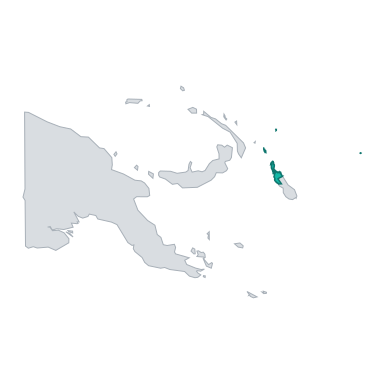 North Bougainville District, North Solomons, Papua New Guinea (highlighted)
{"feature_id": "67681753B20702306497520", "entity_name": "North Bougainville District", "entity_type": "district", "adm_level": 2, "iso_a3": "PNG", "parent_name": "Papua New Guinea", "parent_adm1": "North Solomons", "projection": "robinson", "projection_center": [154.75, -4.633], "detail": "fine", "context": "in_parent", "style": "filled", "palette": "teal", "viewbox_px": 384, "rotation_deg": 0, "n_neighbors": 0, "source": "geoboundaries", "source_scale": "gbopen_adm2", "svg_char_len": 7992}
<svg xmlns="http://www.w3.org/2000/svg" viewBox="0 0 384 384"><path d="M25.5,246.1L25.1,200.5L23.0,197.1L25.0,189.0L24.6,112.1L28.5,112.4L47.1,121.8L59.8,126.7L70.7,129.0L80.9,136.7L88.4,137.1L99.5,147.9L104.0,148.6L111.8,157.6L112.3,164.9L111.5,169.6L123.5,174.0L134.9,180.2L141.2,180.9L144.6,183.0L148.9,188.4L149.7,195.5L147.3,196.8L136.6,196.7L133.6,199.0L137.9,210.2L147.6,220.5L154.9,225.2L157.2,234.5L160.9,237.4L163.3,244.7L167.1,245.5L174.4,244.3L175.6,247.4L174.5,252.0L175.6,253.9L189.2,257.8L184.7,260.2L186.7,264.5L195.6,268.1L201.1,269.5L204.4,269.1L200.6,271.2L197.1,270.6L196.5,271.2L197.9,273.0L200.8,274.9L197.8,277.3L194.9,277.7L189.4,276.1L184.6,271.5L169.8,269.5L164.7,267.5L160.6,268.2L148.6,265.7L144.7,262.4L142.1,257.5L134.9,251.6L133.3,248.7L133.9,244.9L132.0,245.4L127.9,242.6L117.0,224.6L111.5,222.1L97.8,219.0L95.8,215.5L89.3,214.1L87.9,216.5L82.7,218.1L78.2,216.3L73.8,211.9L79.1,221.9L77.2,221.9L78.1,223.4L77.1,223.7L71.4,223.1L73.1,227.2L63.8,229.5L56.8,228.7L53.4,229.7L52.0,229.6L50.2,226.5L47.6,227.1L49.8,227.1L52.5,230.7L58.4,230.2L64.1,232.8L68.9,238.7L68.8,242.8L55.8,250.4L48.2,247.1L37.2,248.0L33.3,246.7L28.3,248.2L25.5,246.1ZM221.8,145.2L224.5,147.2L227.2,145.1L232.4,147.7L231.4,157.6L229.7,160.3L225.3,161.4L224.8,162.8L227.7,168.6L226.5,170.7L222.6,172.9L216.3,172.7L214.6,176.7L211.1,180.2L197.4,187.3L182.5,187.9L177.6,183.5L172.4,184.3L165.5,179.1L159.7,177.0L158.6,175.1L158.7,172.5L160.3,171.0L170.6,171.3L177.1,173.3L185.7,172.1L188.1,170.5L189.0,164.2L190.4,161.5L191.8,162.7L190.1,167.7L192.1,172.1L198.2,170.8L202.1,171.8L205.1,170.5L209.4,163.6L212.8,160.5L219.1,158.9L219.0,153.8L216.8,146.9L217.7,144.8L221.8,145.2ZM296.9,196.0L296.1,198.3L295.7,197.6L292.6,199.6L289.0,199.0L285.8,196.7L283.3,192.7L283.2,188.2L279.7,186.2L275.2,180.5L274.3,176.7L274.6,170.4L281.2,174.1L288.0,184.9L294.5,189.7L296.9,196.0ZM245.6,147.9L241.3,157.8L238.5,153.8L237.4,151.0L237.2,143.4L230.1,132.1L222.8,128.3L208.1,116.6L202.2,114.7L203.7,114.2L203.7,111.3L211.0,117.4L215.5,118.9L221.5,123.7L225.6,125.3L243.5,142.9L245.6,147.9ZM127.9,99.0L141.8,99.4L142.1,100.7L140.2,100.9L137.9,103.3L129.5,102.6L125.9,103.8L125.6,102.1L127.0,101.6L126.8,99.9L127.9,99.0ZM198.5,250.8L201.1,252.5L203.3,252.2L204.9,254.2L205.2,257.4L204.3,258.1L203.7,257.1L196.9,256.5L198.2,254.7L196.9,251.1L198.5,250.8ZM196.6,113.1L191.7,113.1L188.0,109.3L192.8,107.4L196.5,109.2L196.6,113.1ZM208.6,264.6L211.7,262.6L212.5,263.3L211.3,268.2L206.4,266.1L203.0,258.2L208.6,264.6ZM234.5,243.8L239.9,243.0L242.4,245.1L243.2,245.9L242.7,247.9L238.2,247.1L234.5,243.8ZM247.0,291.5L257.1,296.9L253.4,297.8L250.2,296.3L249.8,295.0L248.6,295.5L249.2,294.5L247.0,291.5ZM152.9,178.3L148.5,174.2L148.7,171.4L153.4,173.9L152.9,178.3ZM195.2,253.8L193.9,253.9L191.0,251.1L192.7,247.9L194.8,249.1L195.2,253.8ZM273.1,170.2L271.2,163.6L272.9,161.6L274.6,165.8L273.1,170.2ZM137.5,170.2L134.4,167.6L136.6,165.2L138.0,166.5L137.5,170.2ZM184.4,90.3L182.7,90.8L180.4,88.6L181.0,86.2L183.6,87.8L184.4,90.3ZM117.0,153.9L115.2,156.3L113.9,154.4L116.0,151.8L117.0,153.9ZM209.2,231.7L209.3,239.6L207.9,238.0L208.5,234.8L207.1,233.8L209.2,231.7ZM70.1,233.7L73.1,237.0L65.8,231.8L70.1,233.7ZM72.7,233.0L68.7,231.6L67.9,230.6L72.6,231.1L72.7,233.0ZM266.5,292.3L266.3,293.4L263.6,293.6L261.9,292.0L263.6,292.4L263.3,291.2L266.5,292.3ZM236.6,121.0L236.8,124.7L234.9,122.1L236.6,121.0ZM226.8,119.0L226.1,120.0L224.2,117.4L224.6,116.9L226.8,119.0ZM205.3,275.9L205.1,277.5L203.3,276.7L203.5,275.6L205.3,275.9ZM225.2,116.2L223.8,116.6L224.0,114.1L225.2,116.2ZM149.3,104.6L149.5,106.4L147.5,106.0L149.3,104.6ZM255.3,141.5L255.0,143.2L254.0,142.7L255.3,141.5Z" fill="#d9dde1" stroke="#a8b0b8" stroke-width="1"/><path d="M282.5,176.2L282.3,176.2L282.2,176.0L282.0,175.9L281.9,175.7L281.8,175.4L281.7,175.2L281.5,174.7L281.4,174.6L281.3,174.4L281.2,174.4L281.0,174.1L281.1,173.9L280.9,173.3L280.8,173.2L280.7,173.2L280.5,172.9L280.7,172.7L280.7,172.4L280.4,172.3L280.3,172.2L280.2,172.2L280.1,172.4L280.0,172.5L279.9,172.6L279.9,172.8L279.8,172.7L279.7,172.6L279.8,172.5L279.8,172.4L279.7,172.3L279.7,172.2L279.5,172.3L279.4,172.2L279.2,172.3L279.2,172.2L278.9,172.3L278.9,172.2L278.8,172.3L278.5,172.3L278.3,172.2L278.1,172.1L277.9,172.2L278.0,172.3L277.9,172.3L277.8,172.1L277.6,172.2L277.5,172.3L277.4,172.5L277.3,172.4L277.3,172.2L277.2,172.1L276.9,172.1L276.8,171.9L276.7,171.7L276.4,171.5L276.2,171.7L276.1,171.3L275.9,171.2L275.4,170.9L275.4,170.7L275.2,170.6L275.1,170.4L274.9,170.1L274.7,170.0L274.4,169.7L274.2,169.6L273.9,169.9L273.8,170.0L273.6,170.3L273.6,170.5L274.1,170.6L274.3,171.0L274.6,171.3L274.7,171.5L274.8,171.4L274.9,171.5L275.0,171.8L275.1,172.1L275.1,172.3L275.4,172.4L275.4,172.5L275.5,172.8L275.4,172.7L275.3,172.4L275.2,172.4L275.1,172.5L275.2,172.8L275.2,173.0L274.9,173.3L274.9,173.2L274.8,172.9L274.7,172.8L274.5,172.7L274.5,172.8L274.4,172.9L274.6,173.0L274.7,173.5L274.8,173.6L274.7,173.8L274.7,174.0L274.5,174.4L274.3,174.5L274.3,174.9L274.4,175.4L274.4,175.7L274.3,176.1L274.1,176.3L274.0,176.5L274.0,176.8L274.0,177.0L274.5,177.6L274.6,177.8L274.6,178.0L274.9,178.6L275.0,179.1L274.8,179.3L274.7,179.4L274.6,179.7L274.7,180.1L274.8,180.4L275.0,180.8L275.2,181.0L275.5,181.3L275.8,181.5L276.0,181.6L276.1,181.9L276.2,182.2L276.2,182.3L276.4,182.4L276.7,182.5L276.8,182.5L277.1,182.7L277.1,182.9L277.8,183.2L278.2,183.4L278.6,183.8L278.7,184.0L281.4,183.8L278.0,178.9L279.6,177.7L280.5,177.4L281.8,176.7L282.2,176.5L282.5,176.2ZM273.5,163.6L273.7,163.0L273.4,162.5L273.3,162.3L273.2,161.6L272.7,161.3L272.4,161.4L272.3,161.5L272.0,162.0L271.7,162.3L271.4,162.5L270.9,163.3L270.8,163.9L271.1,163.6L271.4,163.3L271.5,163.2L271.7,163.5L271.8,163.8L271.5,164.0L271.7,164.4L271.6,164.5L271.6,164.8L271.6,165.0L271.7,165.4L271.7,165.5L271.5,165.8L271.4,165.7L271.4,165.8L271.4,166.1L271.5,166.4L271.5,166.8L271.5,167.2L271.6,167.3L271.6,167.5L271.8,167.8L271.9,168.0L271.9,168.4L271.9,168.6L272.0,168.8L272.1,169.1L272.3,169.3L272.3,169.6L272.4,169.8L272.6,169.9L272.5,170.1L272.4,169.9L272.4,170.1L272.5,170.3L272.6,170.7L272.9,170.3L272.9,169.9L273.0,169.8L273.0,169.7L273.3,169.8L273.2,170.0L273.1,170.4L273.3,170.4L273.7,170.0L273.7,169.9L273.7,169.7L273.8,169.6L273.7,169.2L273.9,168.9L273.8,168.5L273.8,168.3L274.0,167.8L273.9,167.5L274.0,167.2L274.0,166.9L274.2,166.6L274.2,166.4L274.2,166.2L274.3,166.1L274.3,165.8L274.3,165.1L274.3,164.9L274.1,164.7L273.8,164.5L273.7,164.5L273.6,164.4L273.5,164.1L273.5,163.6ZM265.0,150.1L264.7,149.9L264.4,149.9L264.4,150.0L264.5,150.2L264.8,150.2L264.9,150.4L265.0,150.4L265.3,150.6L265.4,150.8L265.6,151.6L265.5,152.1L265.6,152.3L265.3,152.2L265.2,152.2L265.0,151.8L264.9,151.8L265.0,152.2L265.0,152.3L264.9,152.1L264.9,151.8L264.9,151.7L264.7,151.5L264.6,151.4L264.4,151.1L264.4,151.4L264.6,151.5L264.8,151.8L264.9,152.0L265.0,152.3L265.1,152.5L265.4,152.5L265.6,152.5L265.7,152.4L265.6,152.1L265.7,151.9L265.8,151.7L265.6,151.1L265.5,150.8L265.6,150.5L265.5,150.4L265.0,150.1ZM273.5,172.1L273.4,171.8L273.4,171.6L273.2,171.4L272.9,171.4L272.9,171.9L273.0,172.1L273.1,172.3L273.3,172.5L273.3,172.8L273.3,173.1L273.3,173.3L273.5,173.2L273.5,172.9L273.4,172.9L273.6,172.5L273.7,172.3L273.6,172.1L273.5,172.1ZM360.8,153.3L361.0,153.1L360.5,152.8L360.3,152.9L360.2,153.1L360.2,153.3L360.4,153.4L360.8,153.3ZM263.8,148.1L263.7,148.0L263.3,148.2L263.5,148.2L263.6,148.3L263.7,148.5L263.7,148.8L263.8,149.1L263.8,149.4L264.0,149.6L263.9,149.7L263.9,149.8L264.0,149.8L264.0,149.7L263.9,149.3L263.9,149.1L263.8,148.6L263.8,148.4L263.8,148.1ZM272.8,171.1L273.0,170.9L272.9,170.6L272.8,170.8L272.7,170.9L272.7,171.0L272.8,171.1ZM271.6,168.5L271.7,168.3L271.6,168.2L271.4,167.9L271.4,168.0L271.5,168.3L271.6,168.5L271.6,168.5ZM276.3,129.9L276.2,129.6L276.1,129.2L276.1,129.6L276.3,129.9ZM264.4,150.5L264.4,150.4L264.4,150.2L264.3,150.3L264.3,150.5L264.4,150.5ZM276.0,130.6L276.3,130.4L276.3,130.2L276.2,130.3L276.0,130.5L276.0,130.6ZM276.0,129.0L276.0,128.8L275.9,129.1L276.0,129.1L276.0,129.0Z" fill="#14b8a6" stroke="#0f766e" stroke-width="1.5"/></svg>